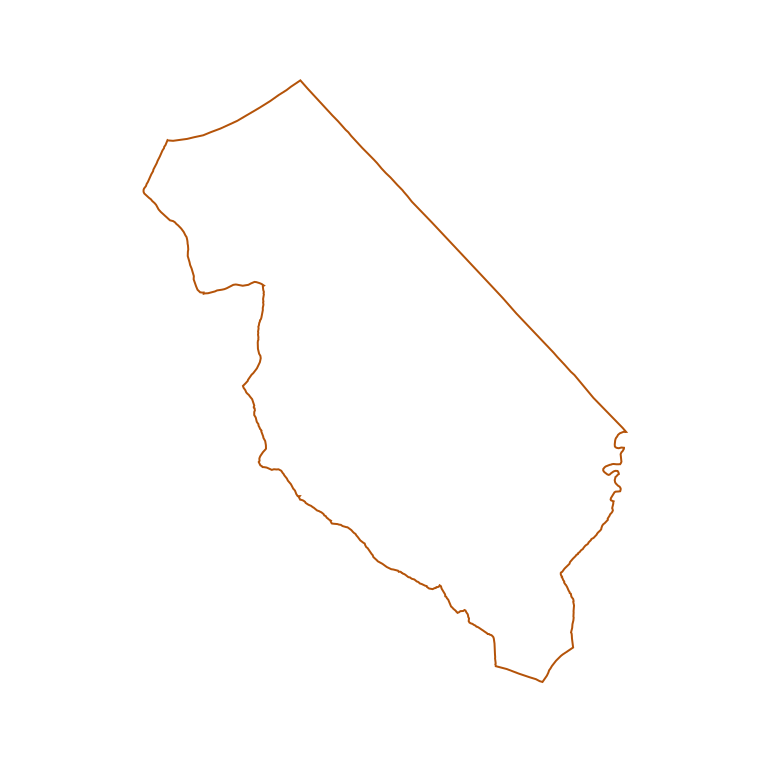 outline of Nioro Du Rip, Kaolack, Senegal, rotated 227°
{"feature_id": "50182788B29473400533502", "entity_name": "Nioro Du Rip", "entity_type": "district", "adm_level": 2, "iso_a3": "SEN", "parent_name": "Senegal", "parent_adm1": "Kaolack", "projection": "natural_earth1", "projection_center": [-15.905, 13.752], "detail": "fine", "context": "isolated", "style": "outline", "palette": "amber", "viewbox_px": 768, "rotation_deg": 227, "n_neighbors": 0, "source": "geoboundaries", "source_scale": "gbopen_adm2", "svg_char_len": 6135}
<svg xmlns="http://www.w3.org/2000/svg" viewBox="0 0 768 768"><g transform="rotate(227 384 384)"><path d="M478.8,279.5L476.9,278.7L474.2,278.4L471.7,277.5L469.7,277.5L468.4,277.7L466.0,277.4L462.8,277.2L456.7,274.4L456.0,273.0L455.3,272.6L454.5,272.8L452.7,271.5L452.1,270.1L449.8,267.9L446.9,267.3L443.2,265.2L442.3,265.0L440.4,264.8L439.0,263.8L437.0,263.3L435.7,262.7L435.0,262.8L433.5,262.6L433.4,262.2L432.7,261.8L428.1,259.9L426.9,259.1L423.3,258.2L419.8,255.9L417.2,253.6L417.0,252.8L416.7,249.0L415.7,244.6L415.0,242.9L414.3,241.8L412.7,240.6L412.4,239.2L408.8,238.1L407.3,238.6L406.1,238.5L405.1,239.5L402.9,241.2L397.7,243.4L396.7,245.4L394.9,247.0L393.5,248.7L390.6,249.7L387.9,249.2L386.5,249.2L385.3,248.8L381.1,248.5L378.9,247.8L374.2,247.6L369.2,246.2L368.1,246.3L366.5,246.1L363.3,244.8L360.9,244.4L359.5,245.9L359.3,244.6L356.6,243.8L355.4,244.7L353.7,245.5L351.6,245.9L350.5,245.6L347.2,246.4L344.5,247.6L342.3,247.9L341.9,248.2L337.2,248.8L335.1,249.9L334.0,250.2L332.9,250.7L330.1,251.1L328.6,250.7L327.1,251.3L325.2,250.9L324.3,251.2L322.9,251.2L320.3,251.9L320.3,251.4L317.7,250.7L316.8,251.3L313.2,254.5L312.0,255.1L310.4,256.4L308.4,256.8L304.9,258.9L304.1,259.6L299.4,260.5L297.3,260.4L295.5,260.5L293.8,260.9L292.0,260.5L290.4,260.5L285.8,260.0L282.1,260.6L280.5,261.1L279.1,260.4L276.9,259.8L275.1,260.1L268.0,259.0L266.5,259.0L264.7,258.2L259.6,258.6L258.7,258.5L253.6,260.2L248.3,261.2L243.6,263.0L242.0,264.3L237.9,266.9L236.6,266.7L235.9,267.7L234.8,268.2L233.8,268.1L233.4,268.5L232.1,268.6L231.4,269.1L230.0,269.5L226.1,270.1L224.8,271.1L222.8,271.4L220.3,272.9L217.2,273.3L216.2,273.9L214.8,274.2L213.9,274.1L211.9,275.2L208.5,276.5L207.1,277.4L206.4,277.0L203.7,277.5L200.8,279.7L200.2,281.8L199.5,282.7L199.7,283.8L198.9,284.7L198.4,285.9L198.8,287.4L197.2,287.7L195.1,286.6L188.5,285.2L186.9,284.0L186.0,284.4L184.2,283.9L182.5,283.9L175.5,281.3L173.9,281.5L172.4,281.4L169.3,281.8L167.8,281.6L167.1,281.9L166.5,281.7L165.9,283.2L165.8,284.9L164.0,287.1L163.8,288.7L162.8,289.1L160.8,288.5L158.5,288.2L157.2,287.5L156.3,286.8L154.6,286.3L152.8,284.2L151.2,283.8L149.4,284.4L148.3,285.1L146.7,285.4L144.9,286.1L143.4,286.1L142.7,286.7L141.0,287.2L131.2,289.4L130.5,289.3L129.5,290.3L128.8,290.3L127.0,291.3L125.3,291.4L124.2,291.3L122.8,290.6L118.8,287.8L110.5,280.7L108.5,279.1L107.6,278.1L104.0,275.5L103.2,274.8L103.1,274.3L101.7,273.6L101.4,273.3L91.8,279.4L80.2,285.1L70.4,290.4L64.5,293.8L60.5,295.2L58.0,296.7L59.6,304.2L60.8,307.3L62.0,309.5L62.4,311.7L63.2,314.3L64.3,321.2L64.5,328.0L64.3,330.3L62.3,342.6L69.8,348.0L72.3,350.1L73.7,351.1L74.7,351.3L77.3,355.3L79.8,358.0L81.9,361.2L83.9,363.5L84.7,363.9L87.8,367.1L88.5,367.6L92.4,371.9L95.7,373.9L95.8,374.5L96.7,375.1L97.7,375.7L100.6,376.0L103.2,377.6L104.5,377.3L105.5,377.9L106.9,378.1L110.5,379.4L113.0,380.0L113.5,379.9L115.9,380.3L116.6,381.1L118.6,381.4L120.2,382.1L121.4,382.2L121.8,382.9L122.4,382.8L123.7,383.2L124.4,383.6L125.3,384.5L125.4,385.1L125.1,386.3L125.8,389.7L125.9,391.1L126.0,397.0L126.9,398.6L127.4,403.0L127.5,406.8L127.8,407.8L127.4,409.9L127.8,410.2L127.9,411.1L127.6,412.1L128.0,414.7L127.7,416.9L128.1,418.3L128.4,420.6L128.4,421.7L128.0,423.7L128.2,424.8L128.6,425.4L128.7,428.8L129.1,429.7L128.9,431.0L128.5,432.2L128.8,436.9L129.2,437.7L129.4,439.2L129.4,442.5L129.7,443.9L130.4,444.8L131.6,447.1L131.9,448.9L131.7,450.3L132.0,455.1L133.0,455.8L133.8,459.0L134.5,460.6L134.5,461.9L134.8,463.7L135.4,465.1L136.7,465.9L137.6,466.2L139.8,469.6L140.7,470.7L141.4,471.2L141.6,471.9L144.0,470.7L144.9,470.9L145.8,472.2L147.6,478.7L147.3,480.0L145.3,482.4L144.5,483.6L145.4,485.1L146.3,485.9L148.3,486.3L149.9,485.8L153.1,485.7L154.5,486.0L156.4,487.2L157.1,488.4L158.1,489.8L158.0,491.1L158.2,492.9L158.0,494.4L159.5,495.2L161.1,495.5L162.6,494.1L163.2,493.0L163.5,492.0L163.9,488.9L163.8,487.7L164.2,486.4L165.5,485.7L169.1,485.1L170.2,485.1L171.3,485.4L172.3,486.4L172.6,488.5L172.5,489.9L170.9,494.0L170.2,495.1L169.9,496.0L169.0,497.3L166.6,499.4L164.3,502.0L164.6,503.3L165.2,504.6L171.3,509.2L172.1,511.0L172.2,512.8L173.0,515.3L173.7,516.0L175.7,514.2L176.9,511.9L178.3,510.8L179.8,510.2L180.9,510.3L182.4,511.5L185.0,514.5L185.9,515.9L186.4,517.3L186.5,518.4L187.2,520.5L187.1,522.9L185.4,527.2L184.5,527.5L183.8,528.4L189.1,528.6L231.0,527.7L260.7,529.4L265.6,529.0L274.8,529.2L285.5,529.2L291.0,529.4L345.3,528.9L365.7,529.5L380.4,529.5L469.8,529.2L498.4,528.7L505.3,529.3L511.0,529.5L513.2,529.7L520.5,529.5L530.6,529.6L536.9,529.2L543.4,529.2L550.3,529.6L555.0,529.6L571.7,529.1L588.0,529.2L592.5,529.6L596.0,529.3L607.4,529.6L615.7,529.4L652.1,529.6L663.1,529.9L664.9,518.6L665.4,513.3L667.2,503.8L668.5,494.0L671.0,481.1L676.6,456.0L682.4,438.5L686.3,429.1L689.2,421.4L694.0,413.4L697.5,407.2L705.7,395.6L709.4,392.2L710.0,392.0L707.7,387.0L707.4,385.1L706.5,383.9L705.9,381.3L703.3,375.3L701.6,370.6L700.5,368.4L698.1,361.6L697.1,360.2L696.1,356.9L692.7,348.9L692.2,346.9L691.1,344.9L690.6,341.8L689.9,340.5L688.5,339.2L686.8,338.6L680.3,339.1L678.0,339.5L675.9,339.3L672.8,339.6L670.4,339.5L665.4,338.2L662.1,338.1L649.7,339.1L646.9,340.9L644.8,341.4L642.7,341.3L640.6,341.6L636.0,341.7L631.7,341.2L628.0,340.1L626.1,339.8L623.5,338.3L621.8,337.1L620.5,336.0L619.0,335.1L615.9,332.6L614.6,330.9L611.4,327.7L605.8,324.9L603.1,323.3L599.8,322.1L592.6,318.5L590.4,316.2L583.6,313.2L580.1,311.9L576.4,312.1L574.5,313.7L573.9,314.5L573.0,313.7L572.5,314.7L570.4,317.2L567.0,323.5L566.3,325.7L563.5,329.8L562.2,332.0L561.3,334.3L559.3,341.4L558.0,343.3L557.1,344.1L552.2,347.7L549.0,352.5L548.4,355.0L547.0,358.9L545.6,360.1L542.8,361.7L540.6,362.7L537.9,363.3L538.2,362.1L535.1,359.8L533.2,358.9L532.5,357.8L531.5,357.3L528.6,353.5L526.4,351.9L526.3,351.4L524.2,349.9L522.3,347.2L520.7,345.8L516.1,339.5L515.2,337.8L515.2,336.8L514.3,335.8L513.8,334.5L512.1,332.3L511.6,331.2L510.1,330.1L508.2,327.6L507.1,326.9L506.1,325.6L503.8,324.0L502.9,323.0L502.0,322.3L501.7,321.4L500.4,319.9L495.7,315.8L491.3,313.3L488.9,312.8L486.9,311.4L484.6,308.1L482.1,301.7L481.1,295.8L481.1,293.5L480.5,290.7L479.8,287.4L479.2,286.5L478.9,283.1L478.8,279.5Z" fill="none" stroke="#b45309" stroke-width="2"/></g></svg>